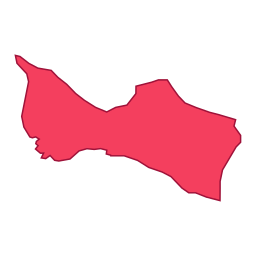 outline of Jangyon, Hwanghae-namdo, North Korea
{"feature_id": "82179303B35312856855320", "entity_name": "Jangyon", "entity_type": "district", "adm_level": 2, "iso_a3": "PRK", "parent_name": "North Korea", "parent_adm1": "Hwanghae-namdo", "projection": "natural_earth1", "projection_center": [125.0, 38.252], "detail": "fine", "context": "isolated", "style": "filled", "palette": "rose", "viewbox_px": 256, "rotation_deg": 0, "n_neighbors": 0, "source": "geoboundaries", "source_scale": "gbopen_adm2", "svg_char_len": 988}
<svg xmlns="http://www.w3.org/2000/svg" viewBox="0 0 256 256"><path d="M15.4,55.4L17.0,63.3L26.8,73.8L28.6,81.7L21.7,116.4L23.9,127.1L29.9,137.0L31.8,137.6L32.3,137.8L35.7,136.9L39.2,139.1L36.4,141.4L35.8,143.7L38.1,145.7L35.5,149.0L40.4,153.2L43.6,153.1L41.3,157.9L45.7,158.6L50.1,155.5L54.6,160.3L58.8,161.0L70.0,159.0L79.1,150.9L86.9,148.7L94.2,149.4L100.6,148.6L106.8,150.2L106.3,154.0L110.7,155.2L110.8,155.8L124.2,155.8L137.6,160.4L148.7,167.4L162.1,172.0L171.0,176.6L182.1,188.2L188.8,192.8L195.5,192.8L206.5,197.1L220.0,200.6L220.1,188.3L220.1,181.4L222.5,169.9L229.3,158.4L236.1,146.9L240.6,142.3L240.6,135.4L236.1,129.1L234.0,126.1L235.6,119.7L218.5,114.6L209.5,112.3L196.2,107.6L185.0,103.0L178.4,96.1L171.7,86.8L167.3,79.9L158.4,79.9L151.7,82.2L142.7,84.5L136.0,86.2L135.9,93.6L126.9,105.1L115.7,107.4L106.7,112.0L95.6,107.4L84.5,100.4L75.6,93.5L66.7,84.3L57.8,77.3L51.2,70.4L37.8,68.1L28.9,63.4L20.0,56.5L15.4,55.4Z" fill="#f43f5e" stroke="#9f1239" stroke-width="1.5"/></svg>